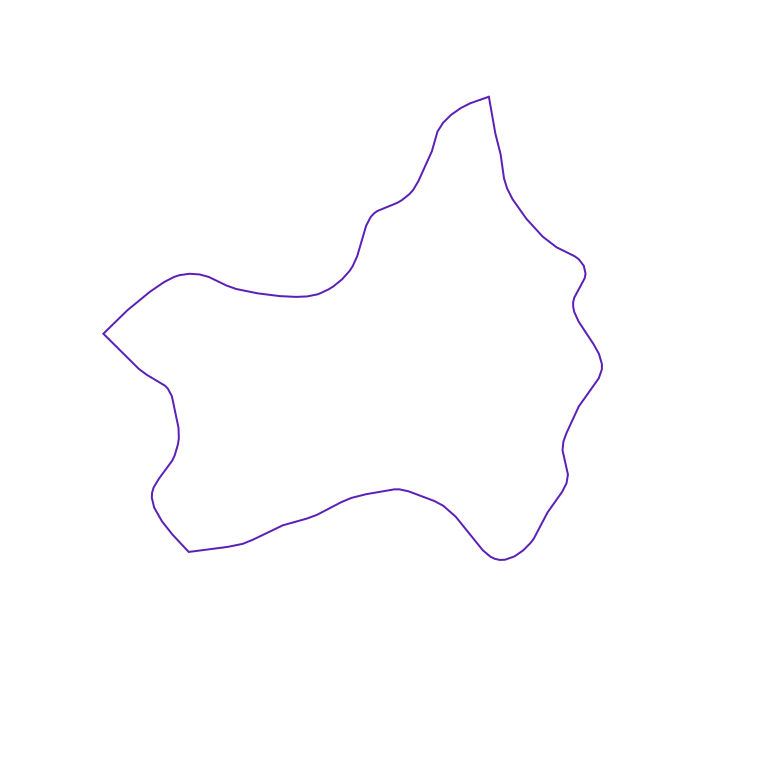 outline of Licey al Medio, Santiago, Dominican Republic, rotated 232°
{"feature_id": "3306468B91186516288237", "entity_name": "Licey al Medio", "entity_type": "district", "adm_level": 2, "iso_a3": "DOM", "parent_name": "Dominican Republic", "parent_adm1": "Santiago", "projection": "robinson", "projection_center": [-70.602, 19.426], "detail": "fine", "context": "isolated", "style": "outline", "palette": "violet", "viewbox_px": 768, "rotation_deg": 232, "n_neighbors": 0, "source": "geoboundaries", "source_scale": "gbopen_adm2", "svg_char_len": 1510}
<svg xmlns="http://www.w3.org/2000/svg" viewBox="0 0 768 768"><g transform="rotate(232 384 384)"><path d="M596.4,193.8L546.8,200.1L537.3,202.7L517.4,210.4L513.3,210.8L504.9,209.3L476.0,195.1L467.4,188.8L463.4,184.6L456.6,175.1L454.0,169.9L448.0,148.5L444.2,138.6L441.1,134.3L437.3,131.0L428.1,126.8L412.5,124.5L395.6,124.6L371.9,126.7L351.9,160.5L345.0,174.3L342.0,184.9L335.0,217.1L325.4,240.5L322.2,250.5L317.2,277.6L314.3,288.2L308.2,302.0L294.5,327.5L291.5,331.3L284.3,337.3L260.5,351.8L251.6,355.7L235.4,358.8L192.2,359.5L182.5,361.5L178.0,363.7L174.0,367.0L171.0,371.2L167.8,380.8L167.2,391.0L168.5,401.5L169.9,406.8L182.1,433.8L189.4,458.1L193.4,466.7L199.4,473.2L221.9,483.9L228.2,489.9L233.1,497.8L246.4,523.7L256.3,556.8L261.4,564.7L265.6,568.0L275.3,571.9L286.0,573.6L313.4,575.8L323.7,578.3L328.2,580.5L332.0,583.4L334.9,587.1L343.8,607.3L346.8,610.7L354.1,614.2L362.3,614.3L367.0,613.0L385.6,604.1L402.3,599.8L426.5,597.9L450.7,599.1L462.3,601.4L472.2,605.2L493.4,617.4L512.7,625.9L545.8,643.5L552.1,625.0L554.2,614.3L554.8,602.7L553.5,591.5L550.0,581.6L537.8,564.8L522.7,536.0L519.0,526.5L518.0,521.3L517.9,510.9L518.6,506.0L524.4,485.4L524.6,481.1L523.8,476.4L519.8,467.5L501.3,441.7L496.1,431.8L494.3,426.5L492.3,415.4L492.1,404.1L492.7,398.5L495.3,387.4L500.3,377.4L506.7,368.4L517.6,355.8L533.4,340.1L549.9,326.0L558.6,320.5L576.3,311.8L584.0,306.0L590.6,298.6L595.7,289.8L597.6,284.5L599.7,273.6L600.8,256.5L600.1,227.1L596.4,193.8Z" fill="none" stroke="#5b21b6" stroke-width="2"/></g></svg>